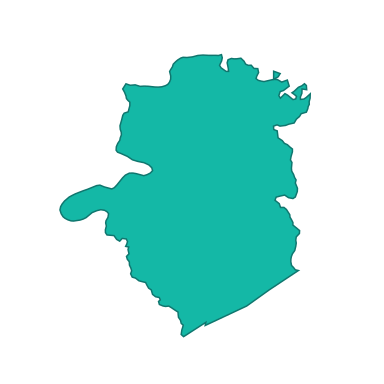 outline of Rio Bonito do Iguaçu, Paraná, Brazil, rotated 105°
{"feature_id": "56859067B65840110240263", "entity_name": "Rio Bonito do Iguaçu", "entity_type": "district", "adm_level": 2, "iso_a3": "BRA", "parent_name": "Brazil", "parent_adm1": "Paraná", "projection": "robinson", "projection_center": [-52.634, -25.559], "detail": "fine", "context": "isolated", "style": "filled", "palette": "teal", "viewbox_px": 384, "rotation_deg": 105, "n_neighbors": 0, "source": "geoboundaries", "source_scale": "gbopen_adm2", "svg_char_len": 3501}
<svg xmlns="http://www.w3.org/2000/svg" viewBox="0 0 384 384"><g transform="rotate(105 192 192)"><path d="M244.2,267.4L247.1,265.9L250.9,265.9L253.6,265.1L255.5,263.0L254.3,256.1L257.3,252.5L258.2,249.1L254.9,247.4L254.4,243.3L256.5,241.5L259.0,241.5L261.7,242.0L261.5,238.9L264.2,238.9L268.0,236.9L271.2,238.6L273.8,237.0L275.6,234.5L278.8,233.5L281.4,231.3L283.7,229.9L286.9,230.1L289.7,227.7L289.8,224.3L291.5,220.3L291.5,216.4L291.4,213.4L293.9,211.2L296.1,209.0L297.1,206.0L301.1,203.6L302.6,200.1L302.4,196.3L304.4,194.7L306.4,196.0L309.1,194.4L309.6,190.5L309.4,187.9L308.2,184.9L309.2,181.6L310.6,177.6L311.6,174.4L313.8,173.7L316.6,172.6L318.8,170.0L321.7,168.4L322.9,166.0L325.3,166.0L328.0,166.1L332.4,165.6L333.9,162.7L332.1,161.0L328.3,157.6L314.3,144.9L317.5,144.7L288.0,109.7L286.2,108.2L266.7,92.2L240.3,68.9L240.4,72.1L238.5,74.6L237.2,76.8L233.8,78.5L231.2,79.1L228.7,79.3L225.8,79.0L221.9,77.6L217.7,77.7L214.3,78.1L211.7,79.3L208.4,79.7L204.3,77.5L201.4,78.1L197.8,86.0L195.4,86.6L192.7,89.0L191.0,90.8L188.6,91.7L184.4,96.3L183.1,99.2L184.0,102.5L180.7,104.7L178.5,109.7L175.2,109.4L173.2,106.0L171.0,101.7L172.5,97.3L172.2,92.8L170.1,90.9L167.9,90.7L164.3,90.4L161.1,91.1L156.6,94.5L153.4,94.6L151.5,96.6L148.8,98.4L146.0,101.1L143.3,102.1L137.6,103.1L135.6,105.2L132.1,105.5L127.2,105.4L124.5,106.1L123.2,109.1L121.6,112.1L121.1,115.3L119.0,118.1L117.4,122.9L110.9,125.5L110.5,129.2L107.3,130.3L105.1,127.2L105.6,124.1L103.5,118.9L101.4,116.0L98.9,111.2L94.6,110.0L91.2,107.7L88.1,106.8L85.3,102.2L81.6,101.7L79.4,101.9L77.0,101.4L74.5,102.2L70.9,102.2L66.6,103.2L71.1,106.1L73.3,108.0L74.5,111.2L72.2,111.9L68.2,111.4L64.0,112.4L63.5,107.7L59.5,109.1L58.3,111.4L61.0,113.4L63.3,116.3L68.3,119.4L70.3,121.1L71.4,118.2L72.6,115.8L75.3,115.9L76.6,118.4L73.7,124.7L72.9,127.7L75.4,129.1L78.5,130.9L76.4,133.1L72.2,132.8L70.3,129.9L64.6,125.5L59.2,128.9L62.6,133.8L61.3,138.6L62.1,142.3L63.8,145.5L66.7,151.0L67.0,153.8L67.0,156.9L65.9,159.5L63.2,159.4L59.4,158.6L55.8,160.4L56.6,164.2L54.2,167.6L55.1,170.5L54.6,173.3L52.2,175.6L50.1,179.4L51.8,183.4L52.5,185.8L52.8,188.5L54.9,191.4L58.1,191.5L63.1,189.0L66.0,187.9L66.7,190.3L64.5,196.1L62.5,198.2L57.7,197.3L54.5,197.5L51.7,199.1L53.3,201.8L53.9,204.7L55.6,210.8L56.9,216.9L58.6,221.7L61.4,226.6L63.4,231.7L64.2,235.5L65.5,237.5L68.2,240.0L70.4,241.5L73.4,243.2L76.2,243.3L79.3,244.3L81.4,244.8L85.4,242.6L88.6,241.8L91.9,242.2L94.4,243.3L96.2,245.2L98.2,248.4L99.4,251.7L100.2,255.1L101.2,261.6L102.1,265.6L103.4,269.5L103.2,274.6L104.9,279.3L104.6,283.8L110.4,285.6L113.1,283.0L116.3,280.6L118.7,279.5L120.1,277.6L121.3,275.3L124.6,274.4L131.1,274.4L133.4,277.9L135.8,278.7L140.2,278.6L146.7,278.7L150.1,277.5L152.6,275.8L155.1,275.0L158.2,275.3L160.8,275.1L164.3,276.3L167.9,276.8L171.3,276.1L172.8,274.2L173.2,270.6L174.3,263.7L176.3,257.9L176.5,252.5L176.1,245.9L177.0,240.7L179.0,237.1L181.6,235.6L184.5,237.2L186.9,239.9L188.7,242.8L188.7,250.7L189.0,253.9L190.0,257.4L192.9,260.7L196.3,262.7L198.6,263.7L204.5,266.3L208.0,268.2L209.8,270.3L209.8,278.0L209.2,282.7L210.5,285.8L216.4,293.6L218.9,297.3L223.8,304.0L225.9,306.4L228.6,309.3L233.7,312.8L237.1,314.3L240.2,315.1L243.5,314.9L246.9,312.7L249.3,310.1L250.3,307.8L251.0,304.7L251.2,301.4L250.7,298.9L248.1,292.9L246.3,290.1L244.2,287.7L237.7,283.1L234.6,279.0L232.7,275.5L232.3,271.7L233.1,268.9L234.5,267.0L238.2,266.6L242.0,267.6L244.2,267.4ZM54.8,137.5L54.2,144.4L62.1,142.3L58.4,138.6L54.8,137.5Z" fill="#14b8a6" stroke="#0f766e" stroke-width="1.5"/></g></svg>